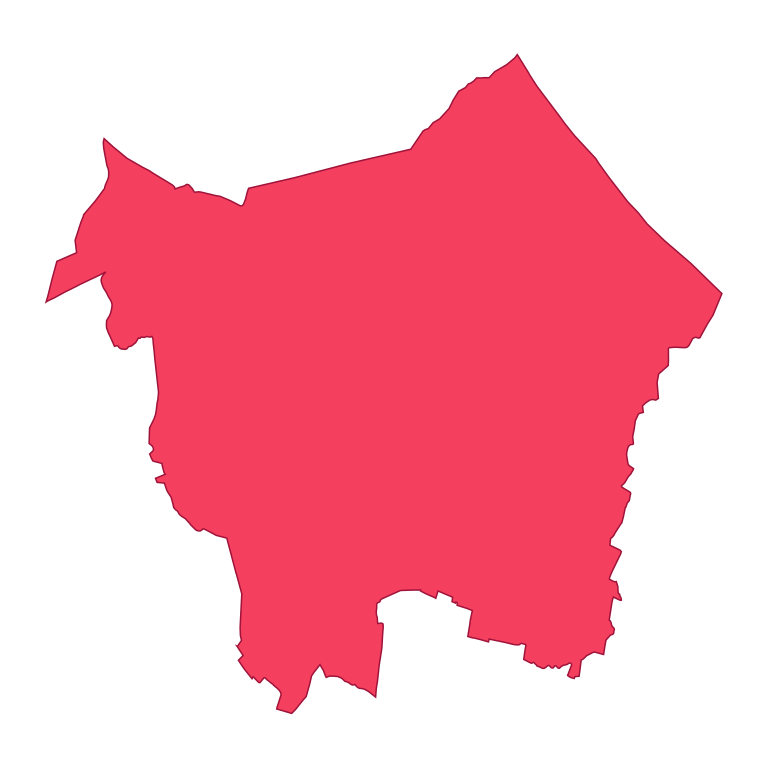 the district of Chau Thanh, Hau Giang, Vietnam
{"feature_id": "81297802B83209776142835", "entity_name": "Chau Thanh", "entity_type": "district", "adm_level": 2, "iso_a3": "VNM", "parent_name": "Vietnam", "parent_adm1": "Hau Giang", "projection": "equal_earth", "projection_center": [105.811, 9.921], "detail": "fine", "context": "isolated", "style": "filled", "palette": "rose", "viewbox_px": 768, "rotation_deg": 0, "n_neighbors": 0, "source": "geoboundaries", "source_scale": "gbopen_adm2", "svg_char_len": 6099}
<svg xmlns="http://www.w3.org/2000/svg" viewBox="0 0 768 768"><path d="M104.1,138.6L103.5,141.1L103.3,142.7L103.7,148.0L104.6,153.2L106.8,164.9L107.3,166.6L108.2,168.8L108.6,171.1L108.7,174.2L108.6,176.5L108.1,178.5L107.3,180.6L105.5,184.7L104.9,186.5L104.6,188.4L95.5,200.7L83.7,214.6L83.5,215.1L83.4,216.1L80.8,222.6L75.1,240.3L76.6,252.7L56.9,261.3L52.1,278.9L47.9,295.9L46.1,302.0L47.4,301.1L54.4,297.8L65.5,291.7L76.7,286.2L80.0,284.4L99.6,275.1L105.9,271.9L105.1,272.6L102.2,276.4L101.4,278.2L101.1,280.4L101.4,282.2L102.4,285.3L103.6,288.1L106.5,292.7L108.5,296.9L110.3,299.7L111.3,301.8L112.0,304.0L112.0,306.1L111.5,309.5L110.5,313.3L109.6,315.5L106.6,320.6L106.4,325.0L106.6,328.0L108.5,333.2L109.9,336.0L114.5,346.3L116.5,345.8L117.8,345.8L118.9,347.3L120.0,348.3L121.6,349.1L122.7,349.0L124.9,349.4L126.1,349.1L127.1,348.6L128.0,347.3L129.1,346.4L130.1,346.4L131.6,345.9L135.7,342.6L138.5,338.0L139.7,338.3L140.3,338.1L140.7,337.4L141.5,337.1L144.3,337.4L146.9,336.5L149.7,337.1L151.3,336.7L151.8,336.4L152.9,338.4L153.3,343.9L154.2,351.5L154.7,357.7L158.5,392.0L158.4,394.1L157.8,399.9L157.1,403.0L156.4,409.3L155.6,414.3L154.1,418.7L149.6,427.9L149.5,429.5L149.1,443.5L151.7,445.5L152.9,447.1L153.5,449.1L153.1,450.7L149.7,454.0L151.5,458.5L152.9,461.0L154.5,461.5L159.6,462.8L162.0,463.5L162.1,465.0L163.8,471.7L164.2,472.8L165.2,474.3L155.5,478.3L157.1,482.4L164.4,483.1L166.5,489.5L167.4,491.4L168.7,493.6L171.1,497.2L172.4,501.9L173.1,504.8L173.7,507.5L174.8,508.9L176.1,510.2L177.5,511.1L178.9,513.7L179.7,514.7L181.7,516.4L185.3,518.6L189.4,523.1L190.9,525.1L195.9,530.0L198.1,530.9L200.3,530.9L202.1,529.8L203.1,528.7L206.2,530.0L216.3,535.4L226.8,538.1L236.1,573.3L236.5,574.3L241.8,593.9L240.1,627.7L240.4,635.5L241.5,640.4L237.8,645.8L237.2,646.3L237.0,646.2L243.1,655.5L238.4,660.3L243.9,668.5L252.0,678.7L253.1,676.8L258.8,682.5L260.0,682.6L264.0,677.8L264.9,677.7L267.7,680.4L268.5,680.8L271.0,683.0L273.0,684.4L273.6,685.3L277.3,688.3L279.2,690.3L280.4,692.0L281.2,694.4L278.4,703.3L276.9,707.7L276.7,709.0L291.7,713.4L295.7,709.3L304.0,698.9L304.3,698.8L306.2,696.5L309.7,684.0L311.6,675.8L314.3,671.9L320.0,664.7L323.5,670.7L325.5,676.1L326.2,677.4L328.3,676.5L330.4,676.1L333.0,676.1L337.6,676.5L340.8,677.8L341.8,678.4L343.0,679.4L344.9,681.3L347.0,681.9L348.2,682.4L350.7,684.2L352.1,684.9L353.3,685.0L354.4,684.7L354.8,684.5L356.5,686.4L357.5,687.2L358.6,688.0L359.4,688.3L362.5,688.7L364.4,689.2L366.5,690.3L368.2,691.3L370.0,692.6L375.6,697.1L376.3,688.5L377.5,681.0L379.2,665.0L381.5,650.5L381.9,647.2L382.3,640.4L382.5,636.3L383.2,627.0L383.1,624.7L382.9,623.8L382.3,623.4L381.2,623.1L377.7,623.5L377.2,617.2L376.6,615.6L376.3,613.7L376.3,611.2L376.7,607.9L376.7,604.0L377.2,603.2L377.6,602.8L379.5,602.0L380.0,601.4L380.8,599.6L381.3,599.1L400.5,590.5L411.4,590.1L420.6,590.0L420.4,590.9L423.6,592.6L428.2,594.8L434.3,597.4L435.8,598.3L438.0,591.0L452.6,597.2L452.0,601.6L455.5,603.1L456.0,602.1L457.3,602.9L457.1,605.3L467.5,608.6L472.3,610.6L470.3,620.2L469.8,624.3L467.8,636.5L472.6,637.9L473.2,637.8L480.5,639.6L488.5,641.9L489.1,639.1L505.0,642.4L513.6,644.5L516.0,644.8L517.9,644.9L519.5,644.6L521.0,643.4L521.5,643.4L524.8,644.3L525.6,644.6L525.9,645.2L525.0,650.3L523.7,659.4L530.7,663.0L531.8,663.2L532.9,662.6L533.7,662.4L535.5,664.2L536.3,664.8L536.8,665.8L537.7,666.3L538.7,666.6L540.2,667.2L542.1,668.2L543.0,668.4L544.1,668.4L546.0,667.2L547.5,665.8L548.4,665.5L549.2,665.6L551.1,667.6L552.2,668.0L553.2,667.9L554.4,666.3L555.2,665.7L555.9,665.8L558.1,668.1L559.3,668.3L562.0,665.9L564.2,665.1L565.8,664.8L567.2,664.4L569.0,663.2L569.9,663.0L570.6,663.3L571.4,663.9L571.6,664.9L567.6,675.5L569.7,677.0L571.0,677.6L574.2,678.5L574.9,676.6L579.1,676.3L581.2,660.1L582.4,659.5L583.6,658.7L586.5,655.8L592.2,652.8L594.3,652.0L603.6,654.5L604.9,646.1L606.0,640.1L610.1,635.4L610.9,634.8L612.6,634.4L613.6,633.5L614.0,630.7L614.4,629.4L613.9,628.1L612.5,626.7L611.7,625.3L611.0,622.5L610.3,620.9L609.2,620.1L612.0,601.9L612.7,599.0L613.4,597.1L620.0,600.2L620.9,600.4L621.3,600.2L621.2,598.7L620.8,597.4L620.1,596.4L619.6,594.2L619.3,594.3L618.6,593.6L618.1,592.0L617.8,586.4L616.3,581.6L614.8,581.8L613.1,581.2L610.6,579.9L609.3,579.1L609.9,576.7L611.9,571.9L620.7,553.8L621.3,551.6L620.0,550.1L610.0,545.3L610.2,542.0L610.7,538.3L612.0,537.5L613.9,535.3L615.0,533.0L620.4,524.6L621.8,522.8L623.5,516.2L625.3,507.5L625.8,507.3L627.3,502.9L628.8,501.3L629.4,500.2L630.1,496.0L630.7,493.6L630.4,492.5L629.7,491.9L623.4,488.1L621.6,486.9L621.5,486.3L621.8,485.6L624.7,482.8L628.2,476.8L630.4,474.4L630.8,473.7L631.1,473.6L631.6,472.4L632.9,470.4L633.6,468.7L629.0,465.5L628.2,464.2L627.9,463.3L626.6,455.2L626.8,451.9L627.9,447.6L628.6,446.2L629.7,445.2L630.5,444.7L632.8,444.4L633.4,443.8L633.3,442.3L632.7,437.1L633.0,434.9L634.1,429.6L635.4,420.3L635.7,420.0L638.3,414.3L639.4,413.4L643.3,412.4L642.5,405.9L645.7,402.9L649.6,400.2L651.6,399.6L653.8,399.6L655.4,400.1L656.2,399.9L658.4,398.4L657.1,382.4L658.7,373.9L668.2,365.6L668.5,360.6L668.4,348.6L669.5,347.5L670.7,347.6L675.1,347.2L684.2,347.7L685.5,347.6L686.5,347.4L687.4,347.0L688.7,345.8L689.4,344.7L691.9,340.0L692.5,338.9L693.4,338.1L694.3,337.6L695.2,337.4L696.1,337.4L698.6,338.1L700.0,337.7L701.1,335.5L707.6,323.7L713.0,315.2L721.9,293.6L691.1,263.6L664.2,240.4L647.0,223.8L638.2,212.7L627.8,201.8L609.1,177.6L599.1,163.8L595.8,158.6L574.3,135.4L564.8,123.5L558.9,115.4L537.0,86.3L530.0,75.4L528.2,72.2L517.3,54.6L514.8,57.9L506.5,64.8L494.8,71.6L489.1,77.7L483.4,77.7L481.1,78.0L476.7,77.9L473.8,81.0L470.9,83.0L468.3,84.0L465.4,87.6L458.7,91.2L453.1,100.3L449.1,108.5L439.6,118.9L433.1,122.7L428.3,128.6L425.3,129.6L423.0,131.1L410.8,149.2L351.1,162.9L294.9,177.6L248.6,188.3L247.3,192.0L245.5,199.2L243.5,204.3L242.4,205.5L240.7,206.0L230.0,200.5L220.0,196.3L215.2,195.5L201.1,192.1L198.6,191.8L194.7,192.2L194.1,191.8L192.3,188.6L189.2,185.2L188.3,184.7L187.1,184.4L186.4,184.5L184.8,185.7L183.4,186.2L179.5,187.3L175.0,188.9L174.5,186.9L172.3,184.9L153.5,173.5L149.3,170.7L142.5,167.2L127.2,158.4L113.3,147.0L104.1,138.6Z" fill="#f43f5e" stroke="#9f1239" stroke-width="1.5"/></svg>